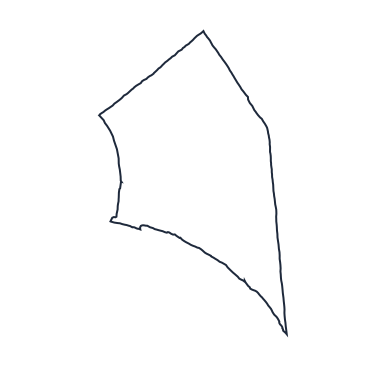 Rufisque, Dakar, Senegal, rotated 350°
{"feature_id": "50182788B16861669195445", "entity_name": "Rufisque", "entity_type": "district", "adm_level": 2, "iso_a3": "SEN", "parent_name": "Senegal", "parent_adm1": "Dakar", "projection": "robinson", "projection_center": [-17.203, 14.737], "detail": "fine", "context": "isolated", "style": "outline", "palette": "slate", "viewbox_px": 384, "rotation_deg": 350, "n_neighbors": 0, "source": "geoboundaries", "source_scale": "gbopen_adm2", "svg_char_len": 4131}
<svg xmlns="http://www.w3.org/2000/svg" viewBox="0 0 384 384"><g transform="rotate(350 192 192)"><path d="M269.5,240.8L269.7,238.8L269.9,235.6L270.3,233.1L270.6,230.9L271.3,228.2L271.6,226.3L271.9,224.0L271.9,221.3L271.8,218.6L272.0,215.9L272.2,213.2L272.2,210.3L272.4,207.6L272.4,205.2L272.8,202.0L273.2,199.0L273.3,196.2L273.5,193.9L273.5,191.1L273.9,188.5L274.0,186.4L274.5,183.5L274.5,181.8L274.6,179.1L274.9,177.3L275.0,175.2L275.5,172.4L275.8,170.1L275.9,167.9L275.8,166.1L276.2,163.9L276.7,161.2L276.8,158.4L277.2,156.5L277.4,154.0L277.3,151.4L277.4,149.7L277.2,147.3L277.3,145.5L277.2,143.4L277.1,141.8L276.6,140.1L275.6,137.4L274.4,134.8L273.4,132.0L272.0,130.4L270.4,127.8L268.9,124.8L268.8,124.4L267.6,122.2L266.3,117.7L264.4,114.4L263.3,110.7L263.6,108.1L262.5,106.5L261.9,105.6L261.1,104.0L260.0,101.8L258.7,99.6L257.8,97.0L256.6,94.2L255.7,92.3L254.7,89.7L253.7,87.1L253.0,85.1L252.2,83.2L251.5,81.2L250.4,78.9L249.7,76.4L248.9,74.4L247.9,72.1L246.5,69.2L245.3,66.9L244.1,64.1L242.7,61.6L242.0,59.6L241.1,57.6L240.2,55.6L238.8,53.3L237.6,51.1L237.2,49.7L236.7,48.3L236.0,46.0L234.8,43.7L233.7,41.9L233.1,40.3L232.0,38.3L231.2,35.5L230.0,36.3L228.1,37.4L225.6,38.4L224.0,39.1L221.0,41.1L219.5,42.3L217.5,43.6L216.2,44.3L214.7,45.5L213.2,46.1L211.2,46.8L209.8,47.9L208.1,48.6L206.6,50.0L204.8,50.6L203.0,51.1L200.7,52.9L198.8,54.4L195.9,55.3L194.2,56.5L192.2,57.5L190.6,58.5L188.1,59.7L186.6,60.8L184.8,62.0L183.3,63.2L182.0,64.0L180.6,64.5L178.8,65.9L176.2,67.6L175.2,68.2L174.7,68.8L172.3,70.0L170.5,70.5L168.4,71.5L166.8,72.7L164.0,73.4L162.1,74.2L160.4,75.9L158.1,76.7L155.5,77.7L153.1,79.0L152.2,79.8L150.5,80.6L148.6,81.8L146.0,83.5L144.5,84.3L141.7,85.2L139.5,87.0L138.6,87.6L136.3,88.9L133.5,90.3L130.9,91.5L128.9,93.1L126.2,94.3L124.7,95.0L122.9,95.7L120.8,96.6L118.6,97.9L117.0,98.5L115.0,99.4L114.3,100.2L113.9,100.4L117.5,106.0L118.2,108.9L119.7,111.8L119.9,112.2L122.0,117.4L123.8,123.7L124.1,127.9L125.5,136.8L125.6,146.1L124.8,151.3L124.7,154.2L124.8,157.4L124.4,164.4L123.8,168.5L124.3,169.7L123.9,169.5L121.8,176.0L121.0,176.5L120.2,179.0L119.9,179.9L119.4,182.3L118.9,184.7L118.5,186.3L118.1,188.3L117.0,191.1L116.4,193.0L115.7,196.3L114.0,200.4L113.3,203.2L112.2,203.6L110.7,203.1L109.0,203.5L106.6,206.8L106.9,207.0L108.9,208.0L110.4,208.7L113.4,209.7L115.6,210.3L117.9,211.6L118.2,211.7L120.0,212.5L121.9,213.2L124.0,214.3L125.0,214.7L127.1,216.4L127.5,216.3L129.1,216.8L130.0,217.4L130.9,218.1L132.0,218.7L132.5,218.8L133.3,219.1L134.6,219.9L134.6,218.3L135.1,217.3L135.8,216.5L137.1,216.2L138.7,216.4L140.5,217.1L142.2,217.5L144.5,219.4L147.2,220.7L148.9,222.1L150.5,222.8L152.5,223.8L154.5,224.7L156.3,225.5L158.6,227.0L159.6,227.4L160.2,227.7L161.3,227.3L162.7,228.0L164.3,229.6L166.0,230.7L167.7,230.8L169.2,232.6L171.8,235.1L172.6,235.0L174.0,237.2L175.6,238.8L177.3,240.3L178.9,241.5L180.2,242.5L181.5,243.7L183.4,245.0L185.7,246.3L187.6,247.7L189.2,248.3L190.9,249.9L192.2,251.4L193.1,252.6L194.3,254.1L195.7,255.3L197.4,256.5L199.6,258.2L199.6,258.6L200.1,259.1L201.8,260.4L203.3,261.8L205.3,263.5L207.1,265.5L209.1,266.7L210.9,268.2L212.8,269.8L214.0,272.4L216.1,275.4L218.3,278.4L219.9,280.3L222.4,283.4L223.5,285.5L225.3,286.9L226.8,287.9L228.3,289.5L228.5,288.6L229.1,290.5L231.0,294.3L232.3,295.8L232.6,297.3L234.1,298.5L235.6,299.4L236.9,300.1L238.4,301.3L239.6,303.0L240.2,304.2L241.0,305.6L241.8,306.9L242.5,307.7L243.5,309.5L244.5,311.1L245.7,313.2L246.6,315.0L247.4,317.1L248.3,318.6L249.5,320.8L250.1,322.7L250.4,324.0L251.1,325.8L251.8,327.3L252.6,328.3L253.6,329.7L254.4,331.4L254.9,332.8L255.5,334.7L255.3,335.1L255.3,336.4L255.8,337.7L256.8,339.1L257.5,341.0L257.3,342.0L257.8,343.0L257.7,344.4L258.7,345.7L259.8,347.1L260.6,348.5L260.9,342.9L261.0,340.6L261.3,337.0L261.4,333.6L261.7,329.9L262.0,327.2L262.7,323.8L263.0,321.2L263.2,318.6L263.4,315.4L263.7,312.0L263.9,307.3L264.2,304.0L264.5,300.1L264.6,297.6L264.5,294.6L264.7,291.8L265.1,288.5L265.3,285.6L266.0,282.7L266.4,279.3L266.6,276.5L266.7,273.1L267.3,269.8L267.7,266.5L267.7,263.2L268.1,258.8L268.2,255.1L268.3,251.6L268.8,248.2L269.0,244.7L269.5,240.8Z" fill="none" stroke="#1e293b" stroke-width="2"/></g></svg>